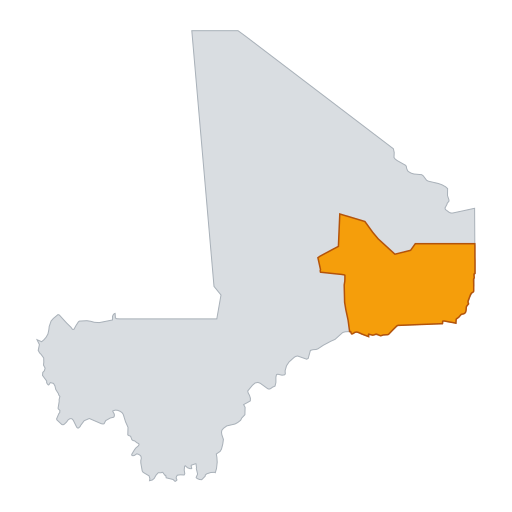 Mali, with Gao highlighted
{"feature_id": "MLI-2690", "entity_name": "Gao", "entity_type": "Region", "adm_level": 1, "iso_a3": "MLI", "parent_name": "Mali", "parent_adm1": "", "projection": "robinson", "projection_center": [1.906, 16.933], "detail": "fine", "context": "in_parent", "style": "filled", "palette": "amber", "viewbox_px": 512, "rotation_deg": 0, "n_neighbors": 0, "source": "natural_earth", "source_scale": "10m", "svg_char_len": 5521}
<svg xmlns="http://www.w3.org/2000/svg" viewBox="0 0 512 512"><path d="M59.7,412.7L59.9,410.4L58.2,408.8L58.1,408.0L59.2,401.4L59.1,399.7L59.9,396.4L58.7,394.9L58.5,393.8L55.8,389.5L54.9,385.8L53.5,383.4L50.3,382.6L49.0,384.7L48.3,385.0L47.1,383.6L46.6,382.3L46.7,381.1L42.5,375.4L42.8,372.4L44.4,370.7L45.1,368.1L43.5,365.1L43.8,362.1L43.7,358.0L41.2,354.5L39.6,352.9L38.2,350.4L39.4,344.6L37.0,339.7L41.6,341.7L43.8,339.9L46.0,337.4L47.9,334.1L48.8,330.0L49.2,326.5L51.1,321.0L53.4,318.4L58.0,314.6L59.3,315.0L66.7,323.1L70.9,327.2L72.5,329.4L73.9,329.4L76.1,325.4L78.3,322.0L79.3,321.1L86.9,320.7L90.8,321.3L94.3,322.3L99.3,322.6L112.4,320.0L112.6,318.4L112.5,316.5L113.1,315.0L114.2,313.7L115.1,313.4L115.4,318.0L116.5,318.7L119.6,318.9L216.8,318.9L221.0,295.0L214.0,286.4L191.8,30.7L238.0,30.7L245.9,36.5L393.4,148.8L394.2,152.5L394.0,157.5L395.1,159.0L397.2,160.6L405.7,165.4L406.3,166.4L406.6,168.3L407.6,170.8L409.4,172.2L411.5,173.3L414.0,174.0L421.7,174.7L423.3,175.9L426.6,180.3L428.4,181.2L438.7,183.6L442.0,184.8L445.6,186.8L447.6,188.6L447.5,195.6L449.0,200.1L448.9,201.3L447.3,203.1L446.9,204.5L445.0,208.0L445.4,209.5L449.0,212.2L450.8,213.0L452.8,213.0L474.6,208.3L475.0,273.4L474.2,274.4L473.7,286.0L472.1,292.8L469.3,297.8L467.5,305.3L466.4,306.7L465.6,311.0L464.0,313.5L461.2,314.5L456.2,319.3L455.8,323.1L444.0,321.0L443.2,321.1L442.7,321.6L442.5,323.6L412.2,324.8L397.4,325.7L388.0,334.5L381.9,335.3L374.3,334.6L370.4,334.5L368.9,335.0L368.6,336.6L356.6,332.1L352.1,333.6L351.4,333.1L350.8,332.1L348.6,331.6L345.2,331.8L342.7,332.5L335.0,339.4L330.9,341.2L323.2,345.3L317.8,348.9L315.9,349.5L312.9,349.7L310.4,350.4L308.2,358.4L306.7,359.2L297.6,356.0L295.7,356.4L294.1,357.4L289.0,362.0L286.5,365.8L285.1,370.8L285.3,374.0L284.4,374.9L282.0,375.2L277.8,374.2L276.5,374.6L275.9,377.1L275.9,382.5L275.0,386.1L272.5,387.2L270.5,388.7L269.0,389.1L267.7,388.7L260.3,383.3L257.9,382.4L255.1,383.0L252.4,385.3L247.7,391.0L248.2,393.0L249.5,395.4L250.4,398.3L250.3,400.9L243.6,404.6L245.1,407.3L244.9,414.7L241.7,418.1L240.6,420.3L237.6,422.6L235.0,424.0L226.8,425.9L223.5,428.3L221.9,430.2L221.5,432.2L221.8,434.6L223.4,439.4L222.8,443.9L221.5,449.0L220.2,451.3L216.3,454.0L216.9,457.4L217.2,462.2L216.5,468.5L215.3,472.7L214.5,472.3L210.8,472.5L206.8,473.8L205.4,474.9L205.1,476.3L201.7,479.7L199.5,479.5L197.3,478.6L196.2,477.7L196.2,477.2L197.5,474.4L197.5,473.5L196.3,468.7L196.5,467.5L196.0,463.8L195.7,463.7L191.3,465.2L191.1,465.9L191.8,468.3L191.4,468.7L189.8,468.6L187.6,467.8L185.2,465.7L184.6,466.4L184.4,468.1L184.2,470.1L184.8,473.7L184.1,475.0L180.4,474.8L177.3,475.2L176.5,476.5L176.1,478.0L176.9,479.6L176.8,480.3L175.4,481.3L174.8,481.2L173.1,479.5L166.2,477.8L165.7,475.3L164.9,475.3L162.7,472.3L161.8,472.4L161.0,472.8L158.3,472.7L156.0,475.2L154.2,478.4L152.3,480.0L149.5,480.7L149.9,478.7L149.1,475.9L143.1,472.3L142.2,470.9L140.8,462.9L140.8,460.5L141.3,458.4L141.1,456.8L140.5,455.6L138.7,454.4L136.8,453.8L134.5,455.4L133.3,455.7L132.2,455.6L131.7,455.0L131.8,454.2L134.4,449.9L135.7,448.1L138.2,446.0L138.9,445.0L139.0,444.2L138.7,443.6L137.0,442.8L134.5,440.8L133.1,440.6L131.9,439.7L130.7,436.5L130.1,436.0L128.9,435.6L127.8,434.9L128.0,427.3L125.5,421.7L123.3,414.5L122.1,412.7L120.1,411.3L117.6,410.3L115.3,410.1L112.8,410.9L112.8,411.5L114.2,413.9L114.4,415.1L114.2,416.4L113.7,417.2L110.3,418.0L105.7,420.6L104.1,423.7L103.1,424.0L101.3,423.7L89.3,418.5L84.2,420.7L80.8,425.2L80.0,426.7L78.5,428.0L77.6,428.0L76.7,427.2L73.3,420.3L71.8,418.7L69.9,418.7L68.2,419.8L66.5,422.1L64.3,424.2L63.0,424.8L61.8,424.5L56.9,419.9L56.6,418.9L58.9,413.5L59.7,412.7Z" fill="#d9dde1" stroke="#a8b0b8" stroke-width="1"/><path d="M352.3,333.9L351.6,333.9L351.3,333.5L350.7,331.7L350.4,331.5L349.6,331.5L348.1,320.3L347.5,317.4L346.2,311.4L345.8,309.5L345.6,308.3L344.6,302.2L344.5,297.4L344.4,293.5L344.2,285.0L344.8,281.2L344.9,278.7L344.9,275.3L344.0,274.8L343.1,274.7L341.4,274.4L333.5,273.6L322.3,272.4L320.5,272.2L320.2,270.9L320.5,269.5L319.6,265.4L317.9,257.7L320.0,256.2L333.4,249.0L338.4,246.4L339.8,214.0L364.9,221.5L372.7,232.3L378.2,238.9L394.9,254.2L410.6,250.3L415.3,243.7L440.4,243.7L460.5,243.7L474.8,243.7L474.9,245.8L474.9,249.5L474.9,253.3L474.9,257.1L475.0,260.8L475.0,264.6L475.0,268.3L475.0,270.2L475.0,273.4L474.7,273.7L474.4,273.7L474.2,273.8L474.0,274.3L474.0,274.9L474.2,277.9L474.0,278.2L473.7,278.8L473.6,279.0L473.6,281.0L473.7,285.0L473.7,287.6L473.7,291.0L473.5,291.7L473.1,292.1L472.0,292.7L471.4,293.3L470.9,293.9L470.5,294.6L468.1,301.0L468.0,301.8L468.1,302.7L468.4,303.6L468.5,303.6L468.5,303.9L468.5,304.0L468.4,304.1L466.9,305.8L466.5,306.5L466.3,307.1L466.1,310.0L465.9,311.2L465.6,312.1L465.5,312.3L464.8,313.2L463.8,313.8L461.7,314.2L460.8,314.8L458.7,317.3L456.4,318.9L456.1,319.7L455.9,323.2L455.4,323.1L455.2,323.0L452.5,322.5L447.5,321.6L444.4,321.0L443.3,321.0L442.9,321.1L442.7,321.3L442.6,321.6L442.6,322.1L442.6,323.3L442.4,323.7L441.1,323.7L438.6,323.8L436.0,323.9L433.4,324.0L430.9,324.1L428.3,324.2L425.7,324.3L423.2,324.4L420.6,324.5L418.1,324.6L415.5,324.7L412.9,324.8L410.4,324.9L407.8,325.0L405.3,325.1L402.7,325.2L400.1,325.3L398.2,325.3L397.3,325.6L396.6,326.1L394.8,327.9L392.6,330.1L390.9,331.9L388.7,334.2L388.0,334.6L387.3,334.7L383.3,334.9L382.5,335.2L381.7,335.5L381.0,335.7L380.6,335.8L376.5,334.1L375.7,334.2L374.0,334.9L373.1,335.1L372.2,335.1L368.7,334.1L368.5,334.4L368.5,335.1L368.6,336.6L362.0,334.1L358.4,332.4L356.6,332.0L354.9,332.3L353.3,333.4L352.3,333.9Z" fill="#f59e0b" stroke="#b45309" stroke-width="1.5"/></svg>